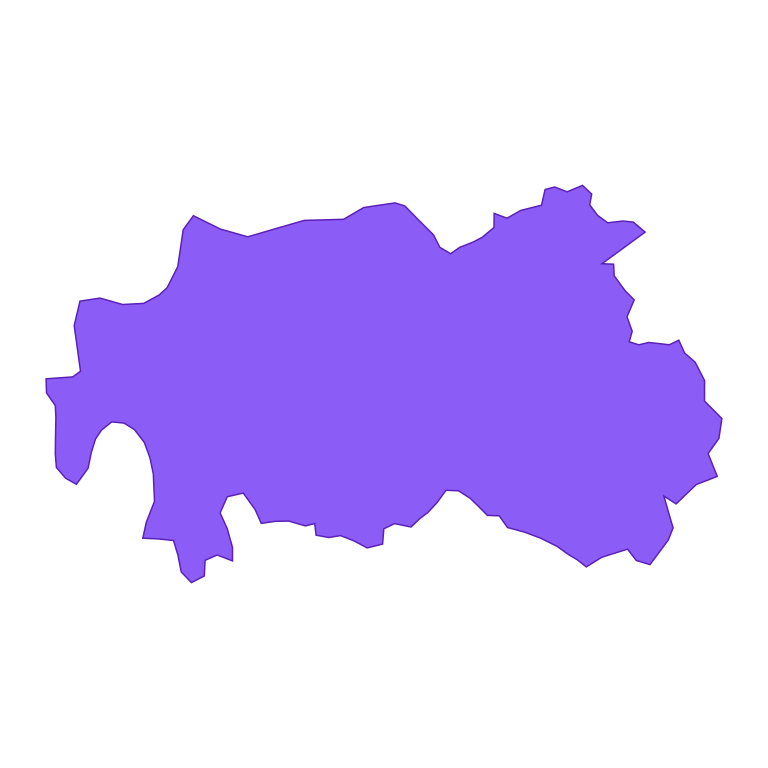 Nicolau Vergueiro, Rio Grande do Sul, Brazil (orthographic projection)
{"feature_id": "56859067B10489140386792", "entity_name": "Nicolau Vergueiro", "entity_type": "district", "adm_level": 2, "iso_a3": "BRA", "parent_name": "Brazil", "parent_adm1": "Rio Grande do Sul", "projection": "orthographic", "projection_center": [-52.451, -28.521], "detail": "fine", "context": "isolated", "style": "filled", "palette": "violet", "viewbox_px": 768, "rotation_deg": 0, "n_neighbors": 0, "source": "geoboundaries", "source_scale": "gbopen_adm2", "svg_char_len": 1831}
<svg xmlns="http://www.w3.org/2000/svg" viewBox="0 0 768 768"><path d="M55.9,417.4L55.5,437.9L55.3,454.1L56.4,467.5L65.6,478.2L76.4,484.3L88.1,468.2L91.3,452.5L95.5,439.0L101.5,430.1L111.7,421.9L124.1,423.1L134.5,429.7L144.3,442.4L149.9,457.6L153.3,473.8L154.5,501.3L146.3,522.3L142.8,538.2L158.0,538.9L173.5,540.5L177.9,555.0L181.2,571.9L191.4,582.6L204.3,576.0L205.1,560.3L217.1,555.0L232.5,560.9L232.5,547.5L227.3,528.8L220.1,512.9L227.3,496.7L243.3,493.1L255.1,509.5L261.3,523.4L275.5,521.3L288.9,521.1L305.3,525.9L314.7,523.6L316.1,535.2L328.9,537.5L340.6,535.6L354.0,540.9L367.2,547.9L382.6,544.1L383.8,528.8L394.6,523.6L411.0,527.0L420.2,518.3L428.0,512.4L437.2,502.4L446.0,490.3L458.6,490.8L470.4,498.5L479.8,507.7L487.4,515.4L499.2,515.8L507.5,527.5L524.7,532.2L540.7,538.2L557.1,546.4L568.5,554.6L577.3,559.8L586.3,566.9L601.7,557.3L627.5,549.1L636.3,560.5L650.0,564.6L657.6,554.4L668.4,539.8L673.1,527.8L670.1,517.8L663.9,496.1L676.1,503.9L696.3,484.5L717.3,476.4L708.1,453.6L718.9,438.4L721.9,418.6L704.5,401.0L704.6,380.6L695.2,362.3L684.6,353.0L678.8,340.2L669.2,344.8L659.4,343.6L648.6,342.5L638.8,344.8L629.2,341.8L632.2,331.3L627.0,316.8L634.2,299.9L625.0,290.6L614.2,275.8L613.6,264.2L602.0,263.7L645.1,232.1L633.3,222.1L623.1,221.0L607.7,222.8L597.5,215.3L589.7,204.8L591.7,194.1L582.5,185.4L567.1,191.8L554.7,187.0L545.1,189.5L541.5,205.2L520.8,210.4L507.0,218.2L494.2,213.4L494.0,227.5L482.2,237.3L473.0,242.1L459.8,247.3L450.6,253.7L439.8,247.3L433.6,235.0L417.2,218.6L404.8,205.9L395.0,202.9L363.8,207.5L343.6,219.3L304.2,220.4L282.0,226.8L247.8,236.8L220.4,229.1L193.4,215.7L183.2,229.8L177.8,266.5L167.2,287.6L159.0,295.1L143.6,303.4L122.6,304.5L100.0,298.1L80.0,301.1L74.2,325.5L80.5,371.2L72.7,376.9L46.1,378.8L46.5,392.9L55.3,405.6L55.9,417.4Z" fill="#8b5cf6" stroke="#5b21b6" stroke-width="1.5"/></svg>